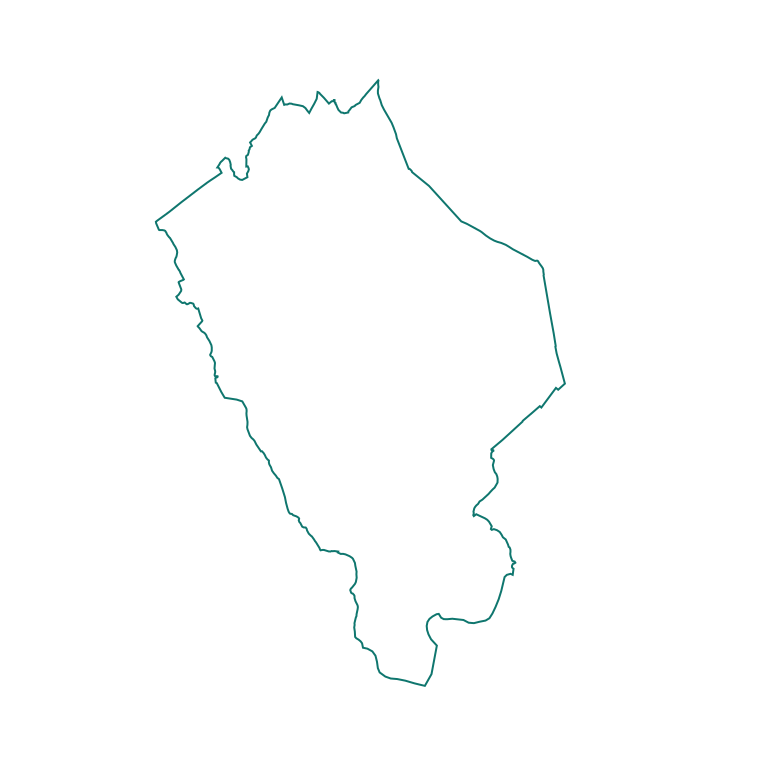 Damienesti, Bacau, Romania (Equal Earth projection), rotated 256°
{"feature_id": "2599482B59619146146523", "entity_name": "Damienesti", "entity_type": "district", "adm_level": 2, "iso_a3": "ROU", "parent_name": "Romania", "parent_adm1": "Bacau", "projection": "equal_earth", "projection_center": [27.01, 46.742], "detail": "fine", "context": "isolated", "style": "outline", "palette": "teal", "viewbox_px": 768, "rotation_deg": 256, "n_neighbors": 0, "source": "geoboundaries", "source_scale": "gbopen_adm2", "svg_char_len": 6159}
<svg xmlns="http://www.w3.org/2000/svg" viewBox="0 0 768 768"><g transform="rotate(256 384 384)"><path d="M619.4,455.9L623.4,456.1L630.9,455.3L635.6,454.6L650.2,450.4L655.1,449.3L660.6,449.0L662.1,448.7L667.4,448.4L670.0,449.0L673.6,450.5L676.0,450.8L678.2,451.3L679.8,452.0L680.1,451.9L669.7,436.9L667.8,434.5L667.2,433.4L665.2,430.8L662.7,428.4L661.7,424.3L661.4,423.6L660.8,422.8L660.3,419.5L658.2,416.9L657.3,415.6L657.1,415.4L656.1,415.0L656.3,410.8L657.1,409.9L657.8,408.0L661.0,406.1L664.1,405.5L666.5,405.2L666.9,404.8L667.5,404.8L667.8,405.0L668.4,405.0L668.8,404.4L669.9,404.4L671.5,404.7L671.7,404.0L670.7,403.0L671.0,401.7L669.4,398.4L676.3,394.9L681.2,392.0L682.1,391.7L683.1,390.7L683.4,390.2L677.0,387.7L672.7,384.0L668.6,380.1L665.1,377.0L667.8,375.7L670.8,374.5L673.2,372.5L675.0,368.9L677.6,363.1L678.3,362.2L679.0,360.2L678.6,357.8L679.1,356.1L679.0,354.7L686.8,354.1L678.3,344.7L677.7,341.7L677.1,340.2L676.5,339.5L675.0,338.4L672.8,337.5L670.8,335.7L666.9,333.2L665.6,331.4L661.3,327.0L658.4,324.2L657.2,322.8L656.0,320.8L655.1,320.0L654.3,319.5L653.6,318.6L652.9,315.8L652.4,314.9L651.6,313.9L650.8,312.5L647.0,313.4L646.1,311.2L644.1,310.2L643.2,309.2L642.0,309.0L639.3,307.4L638.6,305.6L637.5,305.0L635.4,304.9L628.3,303.0L628.2,304.4L626.3,304.8L625.0,304.8L623.3,303.8L621.3,301.9L617.7,301.5L616.3,295.8L617.2,293.7L619.0,291.9L620.3,291.2L622.2,289.1L623.8,289.3L625.8,289.8L626.7,289.1L628.4,288.5L629.9,287.7L633.0,287.9L633.6,288.3L636.4,288.4L638.9,288.1L640.3,287.3L641.7,284.7L641.9,284.6L639.5,280.6L639.1,279.7L638.1,278.4L637.0,277.5L634.4,274.7L634.2,275.3L633.5,276.0L632.0,276.6L628.2,277.5L625.4,270.1L623.5,264.7L622.1,261.0L617.6,250.2L609.4,231.3L602.9,217.1L597.4,203.6L596.6,201.9L595.0,201.8L588.1,202.9L587.7,203.3L586.9,206.4L586.1,208.1L585.4,208.8L584.5,209.0L583.7,209.4L582.4,209.5L580.7,210.0L578.3,211.1L577.4,211.7L571.8,213.4L570.6,213.6L567.5,214.7L564.0,215.4L561.7,215.2L559.2,214.1L557.6,213.3L557.1,212.7L555.4,211.5L553.9,210.7L552.7,210.5L549.2,211.1L545.0,212.3L544.3,212.5L544.2,212.7L542.4,213.2L541.2,213.3L533.9,215.1L533.6,214.5L533.1,211.3L532.7,209.7L532.5,209.4L532.2,209.3L524.8,210.2L523.4,209.7L520.3,206.3L518.9,203.6L516.0,204.4L511.7,207.6L511.3,208.3L511.2,208.8L511.3,209.8L511.3,210.3L509.2,211.8L509.0,212.3L509.1,213.4L509.7,215.3L509.4,216.2L508.2,218.2L507.9,218.4L507.0,218.6L505.6,218.5L503.0,219.8L502.3,220.6L502.1,221.4L502.2,222.0L492.0,222.5L489.5,223.1L488.9,222.7L485.2,217.2L484.4,217.5L482.9,218.4L479.6,219.7L478.7,220.4L477.4,221.8L476.1,222.7L474.2,223.4L472.1,223.6L468.0,225.0L463.4,225.9L461.0,225.7L457.9,224.9L456.6,224.2L454.4,222.4L453.8,222.4L452.8,222.8L451.8,223.9L447.0,225.0L445.3,225.1L440.1,223.3L437.2,223.3L435.9,222.9L434.6,222.2L433.6,221.8L432.7,221.9L432.2,222.6L432.0,223.9L431.7,224.4L431.2,224.3L430.8,223.6L430.7,222.4L430.4,221.7L426.0,221.1L425.3,222.0L415.6,224.2L409.2,226.1L404.5,237.3L401.4,242.3L394.3,244.3L393.0,244.5L391.1,244.2L388.8,243.4L386.6,243.0L380.2,242.4L377.4,241.6L375.2,240.7L373.1,240.6L366.2,241.4L363.8,242.4L361.8,243.8L360.1,244.6L356.1,245.5L348.4,248.3L348.3,249.3L346.1,250.5L343.9,251.2L341.2,251.7L339.0,252.7L337.6,253.8L335.6,253.3L333.7,253.3L330.5,254.2L327.0,254.4L324.1,255.5L321.3,256.9L318.7,257.8L317.1,259.1L307.1,260.0L298.2,260.5L292.3,260.2L286.2,260.3L283.1,260.6L281.8,261.0L280.8,261.6L280.2,263.2L278.7,264.1L276.7,267.1L275.0,268.7L273.9,269.1L272.3,268.3L270.5,268.5L269.3,269.2L265.4,270.1L264.3,271.3L263.7,273.3L262.3,273.9L260.5,273.9L257.0,274.8L254.4,276.4L253.6,277.1L250.1,278.5L248.1,279.1L246.9,279.7L240.6,281.7L238.8,281.9L238.0,282.2L237.9,284.0L237.5,285.6L234.9,289.9L234.4,291.6L234.6,292.6L234.2,293.7L233.9,295.5L232.5,299.0L231.7,298.4L229.6,300.9L229.1,303.2L228.0,305.4L225.3,308.9L223.9,310.2L223.0,311.0L221.9,311.6L217.4,312.5L214.5,312.2L208.6,312.0L206.1,311.2L202.6,310.6L198.7,308.8L197.1,307.5L194.2,303.7L193.4,302.3L192.2,301.4L189.6,301.6L188.9,301.9L188.2,303.0L186.5,303.9L185.5,304.1L183.3,303.6L180.1,303.8L175.6,304.8L173.9,304.7L171.8,303.9L167.3,301.7L165.4,301.1L164.3,300.2L159.1,297.5L157.3,297.2L155.0,296.2L150.9,295.8L145.6,294.8L144.0,295.6L142.1,297.5L139.9,299.1L137.7,300.0L133.2,299.8L131.2,303.9L127.4,308.0L122.4,310.0L116.2,310.0L109.8,309.3L105.2,310.0L99.8,314.5L96.6,319.3L94.5,325.5L91.0,332.9L86.2,341.1L81.2,350.6L91.0,359.9L117.4,372.0L124.9,367.9L130.3,366.6L134.8,366.3L138.9,366.9L142.6,368.6L145.1,371.3L146.7,374.8L147.9,379.3L147.7,381.5L143.4,382.9L141.4,385.1L140.5,388.3L139.7,393.5L135.8,404.0L131.9,408.4L130.2,413.4L130.2,419.1L129.9,425.3L131.2,429.6L135.1,433.7L140.7,438.3L147.4,443.2L154.8,447.7L167.5,454.3L169.1,457.0L169.2,460.9L167.7,462.7L173.4,465.0L174.2,464.3L175.1,463.9L176.4,464.1L177.3,464.7L178.4,465.8L178.3,466.5L178.5,467.4L178.8,468.2L180.1,467.8L181.0,466.3L181.5,465.7L184.7,465.3L186.4,465.2L188.6,465.4L190.5,466.1L192.6,466.6L194.1,466.5L195.1,466.3L195.8,465.6L198.1,465.5L203.7,464.5L206.5,462.3L209.4,461.6L212.4,460.5L214.8,458.3L216.6,455.5L216.4,453.3L217.4,452.6L219.9,454.1L225.0,452.6L227.3,451.3L229.3,449.4L235.3,442.0L234.1,439.2L235.1,438.9L237.0,439.9L238.4,439.9L241.5,441.5L242.8,442.8L243.9,444.3L244.9,446.3L246.9,448.3L248.0,451.5L252.1,459.0L253.4,460.8L255.4,463.9L256.7,466.3L260.9,470.3L264.4,471.3L266.8,471.5L269.4,471.2L271.6,470.2L275.0,469.8L279.0,470.0L282.6,472.0L283.4,472.3L284.6,471.9L285.2,471.4L286.4,470.1L290.8,471.3L292.1,472.6L292.7,474.0L293.3,474.0L293.8,472.4L294.7,472.4L301.0,485.3L303.2,489.4L314.0,509.3L314.7,509.7L320.4,521.2L324.8,529.8L323.1,531.0L338.6,549.9L336.3,551.6L340.6,559.6L357.8,559.3L363.1,559.1L371.9,558.9L378.8,559.3L379.2,559.8L392.0,560.9L412.1,562.2L450.8,565.1L451.4,565.5L454.5,565.8L456.3,566.2L457.9,566.1L459.9,565.4L462.5,564.3L464.6,563.5L465.7,563.3L466.5,562.7L466.7,562.2L466.8,560.6L467.1,560.0L468.7,557.9L472.7,553.8L483.5,541.7L486.8,538.6L489.5,535.9L492.5,531.9L494.5,528.4L496.4,525.7L499.6,522.2L503.4,518.8L507.9,515.4L509.4,514.0L519.5,503.0L523.1,498.3L565.3,475.6L582.8,462.5L583.7,462.5L585.3,461.7L586.6,460.8L586.8,460.0L619.4,455.9Z" fill="none" stroke="#0f766e" stroke-width="2"/></g></svg>